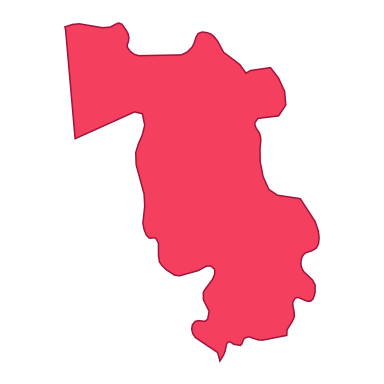 SVG path tracing the border of Pisa
{"feature_id": "ITA-5381", "entity_name": "Pisa", "entity_type": "Province", "adm_level": 1, "iso_a3": "ITA", "parent_name": "Italy", "parent_adm1": "", "projection": "orthographic", "projection_center": [10.703, 43.467], "detail": "fine", "context": "isolated", "style": "filled", "palette": "rose", "viewbox_px": 384, "rotation_deg": 0, "n_neighbors": 0, "source": "natural_earth", "source_scale": "10m", "svg_char_len": 1769}
<svg xmlns="http://www.w3.org/2000/svg" viewBox="0 0 384 384"><path d="M75.1,138.7L65.6,30.0L64.9,26.9L72.6,24.4L79.4,23.8L102.3,27.7L110.2,27.1L116.2,23.9L118.9,23.0L122.0,24.3L126.3,30.4L128.1,33.8L128.9,37.9L128.4,41.8L127.3,44.3L127.2,46.9L130.0,51.1L134.2,54.3L138.9,55.7L181.2,54.9L187.0,52.2L192.3,46.9L194.4,42.5L195.9,37.5L198.1,33.5L202.1,32.0L206.8,32.6L210.7,33.9L214.1,36.6L217.7,41.3L223.5,52.2L239.7,64.5L245.8,72.9L245.8,73.1L250.6,70.5L270.5,67.6L278.4,77.9L284.6,91.3L285.8,104.9L278.6,115.9L258.0,118.4L254.8,122.8L255.2,125.9L256.3,128.3L259.3,132.8L260.5,136.6L260.8,140.5L260.0,148.7L260.2,161.6L263.1,176.7L268.9,189.5L277.4,195.2L300.3,198.7L315.1,221.5L318.4,231.2L319.1,238.0L318.5,243.8L316.2,248.2L311.8,250.8L305.7,252.8L303.3,254.9L301.5,258.5L300.9,262.2L301.1,265.7L302.1,268.8L303.7,271.6L312.3,279.8L315.1,284.9L315.1,292.6L313.2,298.8L310.5,301.3L306.9,301.1L298.6,297.6L296.7,297.6L294.8,298.6L292.7,302.6L293.1,307.2L294.1,312.0L294.4,316.5L292.5,321.0L287.0,329.9L286.8,335.4L262.7,340.1L258.2,339.9L248.6,336.7L244.4,338.3L243.3,340.0L241.7,344.1L240.4,345.4L233.8,344.3L230.6,342.1L229.5,341.8L227.8,342.3L226.8,343.5L224.9,351.8L223.6,354.9L219.9,361.0L217.7,352.6L195.3,337.5L192.9,333.9L191.7,329.4L192.3,325.0L195.1,321.4L198.2,320.6L205.1,321.3L207.7,319.1L209.1,311.2L203.4,299.8L203.3,292.5L204.5,290.1L212.6,279.2L214.7,274.0L214.6,269.2L210.7,266.0L206.5,266.1L198.2,270.6L179.5,275.8L174.5,275.1L166.3,269.8L162.2,265.8L159.5,262.0L158.5,256.0L158.4,242.8L155.7,238.2L154.2,237.7L150.6,238.2L148.9,237.9L146.1,234.6L144.0,229.2L142.9,223.2L144.7,206.3L144.1,194.0L136.2,165.1L135.7,152.7L138.5,143.6L142.2,135.3L144.7,125.2L142.4,113.8L134.6,111.9L75.1,138.7Z" fill="#f43f5e" stroke="#9f1239" stroke-width="1.5"/></svg>